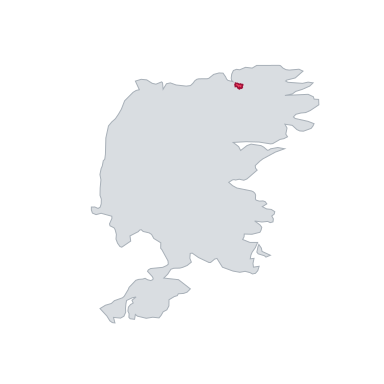 Cork City North West Lea-6, Cork, Ireland shown in context, rotated 196°
{"feature_id": "5873133B44543417312152", "entity_name": "Cork City North West Lea-6", "entity_type": "district", "adm_level": 2, "iso_a3": "IRL", "parent_name": "Ireland", "parent_adm1": "Cork", "projection": "mercator", "projection_center": [-8.566, 51.923], "detail": "fine", "context": "in_parent", "style": "filled", "palette": "rose", "viewbox_px": 384, "rotation_deg": 196, "n_neighbors": 0, "source": "geoboundaries", "source_scale": "gbopen_adm2", "svg_char_len": 5079}
<svg xmlns="http://www.w3.org/2000/svg" viewBox="0 0 384 384"><g transform="rotate(196 192 192)"><path d="M236.7,66.1L229.6,71.2L228.4,73.1L226.4,80.8L226.2,83.0L221.7,91.6L219.2,93.3L215.4,94.7L213.3,96.1L210.6,95.4L207.2,95.5L205.5,97.0L205.5,98.2L206.6,99.6L212.9,103.5L212.5,105.1L210.7,107.0L199.4,111.5L196.1,114.3L194.9,116.1L196.1,119.2L205.1,128.3L206.6,129.3L208.0,134.6L215.9,136.8L219.2,140.1L222.0,140.9L228.1,140.6L230.5,141.8L231.9,140.9L232.7,139.1L239.5,132.7L237.4,127.9L244.3,119.6L246.2,119.7L249.4,122.2L252.1,125.8L253.0,130.4L255.5,134.6L257.1,136.1L261.5,136.9L262.5,138.6L261.7,144.6L262.4,146.6L273.5,146.5L278.0,143.8L281.9,144.3L283.8,147.0L284.6,149.8L281.3,150.8L277.8,150.3L276.1,152.1L276.0,155.6L277.2,160.2L279.5,163.4L281.4,170.6L282.9,178.6L285.3,183.4L285.8,189.4L285.4,192.3L285.9,197.6L284.9,199.4L285.6,204.3L289.7,220.2L290.5,232.5L288.5,237.1L285.8,241.4L284.1,246.6L282.7,252.2L281.9,261.1L276.1,271.6L273.7,274.2L270.8,275.8L277.0,283.0L271.9,286.3L266.4,287.3L260.2,285.5L256.4,285.7L251.5,289.5L250.4,288.8L248.1,282.8L246.4,289.0L242.9,290.9L236.8,290.5L226.7,292.2L222.8,293.9L221.1,296.7L219.9,299.8L218.4,301.7L216.6,302.7L208.7,305.0L207.2,305.9L203.6,311.0L198.8,313.9L194.9,314.8L191.4,311.9L189.9,310.1L188.3,309.2L183.0,309.3L184.7,310.2L185.7,312.3L186.3,316.3L185.7,320.2L183.0,322.2L179.9,322.6L174.9,326.6L168.3,327.7L164.7,331.5L142.9,337.8L141.7,337.8L138.7,336.2L135.4,335.5L132.1,336.0L123.0,339.5L118.6,338.8L124.2,330.1L131.8,325.7L132.6,324.5L130.1,323.9L115.7,326.9L110.7,329.6L105.7,330.3L108.0,326.3L114.5,320.9L120.0,317.3L122.5,314.0L129.3,310.4L107.3,317.9L101.6,317.0L100.2,314.9L95.8,315.9L94.1,310.8L100.7,303.0L104.6,299.7L109.2,297.9L113.6,295.3L115.2,292.1L113.1,291.1L99.9,291.9L93.5,291.3L93.9,288.8L95.0,286.0L101.6,281.2L105.2,280.4L108.4,280.9L114.0,283.7L121.4,282.8L118.3,279.7L117.8,273.5L115.4,271.4L118.4,268.6L121.9,266.8L127.7,260.8L129.8,259.9L141.3,258.5L153.8,255.3L166.1,251.0L159.7,248.5L156.7,245.3L151.9,251.8L148.4,254.3L138.5,255.6L135.4,254.9L131.0,252.9L129.6,253.6L128.3,255.2L121.8,258.4L114.9,259.1L122.9,253.3L133.0,243.4L135.3,240.3L138.5,234.8L137.5,232.4L135.4,231.0L142.8,219.7L145.4,217.6L150.1,217.3L153.5,215.5L155.0,215.5L156.4,214.8L159.4,211.4L154.8,209.3L150.0,208.2L135.0,209.4L133.1,209.1L131.2,208.1L130.0,206.6L129.1,202.7L128.0,201.8L124.7,201.8L121.3,203.0L119.0,202.9L116.8,201.2L120.4,197.3L115.7,196.3L111.0,197.1L107.0,195.9L106.9,193.4L108.7,190.9L106.4,188.6L105.9,185.6L108.4,184.1L111.1,184.6L116.6,182.4L123.8,181.4L117.7,179.2L115.2,177.3L115.1,174.5L115.6,172.0L122.7,167.9L130.2,166.0L129.6,163.3L130.2,160.3L122.5,159.5L115.0,161.6L115.8,155.9L117.6,150.8L118.0,147.4L117.6,143.8L114.1,145.3L113.7,140.2L112.2,136.7L107.0,139.1L107.1,134.5L108.6,131.3L111.3,129.9L114.0,130.5L119.1,130.4L123.9,128.0L130.9,127.3L142.0,128.1L149.7,135.0L151.7,133.8L154.7,129.4L156.2,128.9L167.7,130.8L174.9,133.3L176.8,132.5L175.8,127.7L173.3,124.4L176.4,120.0L180.2,117.0L182.7,115.5L188.5,113.7L191.0,111.9L192.7,106.3L195.4,101.5L180.8,104.0L166.9,98.4L169.1,94.4L172.1,92.2L177.1,90.4L177.6,88.3L180.2,86.6L184.4,82.1L182.8,76.1L183.7,71.8L186.7,68.9L187.7,64.9L189.0,61.9L195.2,60.8L201.2,58.0L210.3,57.6L212.7,58.7L212.1,53.8L216.5,53.1L218.1,54.1L218.9,57.6L220.8,59.9L221.4,63.8L220.1,66.8L217.9,69.1L219.9,71.4L216.8,75.7L220.2,73.9L225.0,69.7L224.7,66.3L223.9,62.0L222.6,58.1L223.2,53.8L225.9,51.1L232.9,49.8L230.0,44.9L232.6,44.5L235.4,45.5L239.6,49.3L248.3,54.6L244.0,59.3L238.8,62.6L236.7,66.1ZM113.5,157.8L113.3,160.0L109.9,157.2L108.3,154.2L99.2,152.8L103.0,149.8L104.8,150.7L111.3,150.8L113.1,152.1L113.5,157.8Z" fill="#d9dde1" stroke="#a8b0b8" stroke-width="1"/><path d="M178.6,308.9L178.9,308.7L179.1,308.7L179.5,308.6L179.8,308.4L180.0,308.4L180.2,308.5L180.2,308.4L180.1,308.1L180.0,307.9L180.1,307.7L180.2,307.4L180.3,306.9L180.2,306.8L179.9,306.8L179.9,306.7L179.9,306.3L179.8,306.2L179.7,305.9L179.6,305.7L179.4,305.3L179.1,305.5L179.0,305.8L178.9,305.7L178.7,305.8L178.4,305.9L178.3,306.0L178.2,306.0L177.9,306.0L177.7,305.9L177.5,305.5L177.4,305.4L177.4,305.5L177.2,305.5L177.0,305.4L176.9,305.3L176.5,304.8L176.3,304.7L176.1,304.6L175.9,304.5L175.7,304.5L175.6,304.4L175.4,304.3L175.4,304.5L175.4,304.8L175.2,305.2L174.9,305.3L174.8,305.2L174.8,305.3L174.7,305.2L174.4,305.2L174.2,305.1L174.0,305.5L173.8,305.5L173.7,305.5L173.4,305.4L173.2,305.3L172.9,305.5L173.0,305.8L172.9,305.7L172.8,305.8L172.8,306.0L172.6,306.3L172.8,306.4L172.8,306.6L173.0,306.8L173.0,307.1L172.9,307.2L172.9,307.3L172.8,307.5L173.0,308.0L173.1,308.3L172.9,308.4L172.8,308.5L172.7,308.6L172.7,308.8L172.8,309.0L172.9,309.3L173.0,309.3L173.3,309.2L173.7,309.0L173.8,309.0L174.0,309.1L174.4,309.0L174.4,308.9L174.5,308.9L174.9,308.9L175.1,309.0L175.3,308.9L175.4,308.7L175.5,308.7L175.5,308.9L175.5,309.0L175.7,308.9L175.8,308.8L175.8,308.7L176.1,308.7L176.3,308.6L176.5,308.5L176.5,308.4L176.8,308.4L177.0,308.5L177.4,308.8L177.5,308.8L177.9,308.8L178.1,308.9L178.4,308.9L178.5,308.9L178.6,308.9Z" fill="#f43f5e" stroke="#9f1239" stroke-width="1.5"/></g></svg>